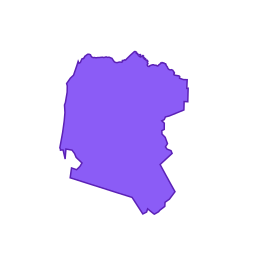 outline of Brazoria, Texas, United States of America, rotated 138°
{"feature_id": "52423323B52788200523187", "entity_name": "Brazoria", "entity_type": "district", "adm_level": 2, "iso_a3": "USA", "parent_name": "United States of America", "parent_adm1": "Texas", "projection": "albers", "projection_center": [-95.65, 29.212], "detail": "fine", "context": "isolated", "style": "filled", "palette": "violet", "viewbox_px": 256, "rotation_deg": 138, "n_neighbors": 0, "source": "geoboundaries", "source_scale": "gbopen_adm2", "svg_char_len": 3003}
<svg xmlns="http://www.w3.org/2000/svg" viewBox="0 0 256 256"><g transform="rotate(138 128 128)"><path d="M51.7,124.3L54.5,127.0L56.4,130.5L55.1,131.7L55.3,132.7L58.0,136.1L58.2,136.7L58.1,137.1L57.8,137.5L57.4,137.4L56.8,137.8L56.5,138.1L56.6,138.8L56.2,139.4L56.3,140.2L56.1,140.9L56.3,141.4L56.6,142.2L57.3,142.6L57.8,143.0L58.1,143.5L58.4,144.2L58.5,145.1L58.3,146.1L57.9,147.0L57.9,147.7L57.8,148.3L57.8,148.8L57.6,149.1L57.4,149.7L57.1,150.2L57.1,150.6L57.4,150.8L57.8,151.8L57.7,152.0L57.9,152.4L58.2,152.6L58.4,153.2L58.8,153.7L59.0,153.5L59.4,153.6L59.6,154.0L60.0,154.4L60.5,154.3L61.8,154.1L62.5,154.3L63.4,154.3L64.1,154.1L64.5,154.3L64.9,154.9L65.0,155.6L65.3,156.1L65.8,156.3L66.2,156.8L66.5,157.5L66.7,157.9L67.1,158.3L67.7,158.7L68.8,159.2L70.0,159.7L70.7,159.5L71.2,159.6L71.7,160.3L71.9,160.7L71.7,161.3L71.6,161.9L71.0,162.4L70.6,162.3L70.0,162.6L69.9,163.1L69.9,163.5L69.6,164.0L69.1,164.2L68.7,164.2L68.5,164.6L68.5,164.9L68.4,165.3L68.9,165.4L69.1,165.9L69.3,166.1L69.0,166.6L68.7,167.0L68.7,167.6L68.9,167.5L69.5,167.8L69.7,168.3L69.5,168.7L69.2,168.8L69.0,169.2L69.4,169.3L69.6,169.8L69.4,169.9L69.3,170.7L69.1,171.3L68.8,171.3L68.6,171.1L68.3,171.1L68.3,171.5L68.4,171.9L69.0,172.0L69.4,171.8L69.9,171.9L70.8,172.2L71.3,172.5L71.4,173.0L71.0,172.6L70.6,172.6L70.4,173.0L69.7,173.9L69.8,174.5L70.3,174.7L71.0,174.9L71.3,175.4L71.6,175.6L71.6,176.0L71.4,176.1L71.2,176.3L71.1,176.7L71.1,177.1L71.5,177.4L71.9,177.7L71.8,178.0L71.6,178.1L71.0,178.7L71.4,179.9L72.1,180.5L77.3,180.5L79.5,180.4L81.8,180.3L83.5,180.2L83.9,180.2L84.3,180.1L84.7,180.4L84.9,180.9L85.3,181.0L85.9,181.1L86.2,181.3L86.8,181.6L87.0,181.9L87.5,181.6L87.7,181.2L88.4,181.0L88.8,181.2L89.3,181.8L89.9,182.5L91.2,183.3L92.1,183.7L93.0,184.5L93.9,186.1L93.7,188.0L93.3,190.5L94.7,193.3L96.0,194.2L96.7,195.5L98.0,196.1L98.9,196.6L99.5,197.6L100.9,198.7L102.1,199.5L103.3,200.6L104.3,201.2L105.2,202.0L105.6,202.7L106.8,203.6L107.4,204.9L107.4,205.6L107.3,206.3L106.9,207.5L107.4,208.6L108.4,209.7L109.4,209.9L110.4,210.0L111.3,210.0L112.3,210.2L113.2,209.6L113.8,209.4L114.2,209.7L114.6,209.5L114.8,209.4L115.1,209.6L115.3,209.9L116.0,210.2L119.6,208.6L121.1,208.9L120.9,209.8L120.5,210.6L120.4,210.9L124.3,208.6L133.1,203.7L137.5,203.6L143.9,202.1L144.9,200.0L149.3,195.3L157.5,188.8L159.8,187.6L164.5,181.7L170.7,175.9L179.6,168.4L191.9,158.9L192.4,157.5L193.0,156.7L191.9,156.0L191.0,155.0L195.5,147.0L188.2,153.9L184.4,149.0L184.8,144.8L186.2,140.9L185.6,132.8L189.4,131.6L194.1,131.4L196.7,136.1L204.3,129.7L192.7,109.9L179.1,86.7L171.4,73.7L174.5,54.2L170.4,53.1L167.5,54.8L166.3,47.0L166.0,46.3L161.4,45.3L159.3,45.6L153.1,45.1L150.2,48.0L144.8,47.4L135.7,49.2L133.4,59.3L132.2,64.2L131.7,66.5L130.9,69.8L128.6,79.4L112.2,79.6L111.2,82.4L113.1,86.2L112.8,88.9L109.1,90.0L106.6,96.2L106.8,100.7L104.7,103.4L102.0,102.7L97.8,107.3L98.1,110.7L95.4,110.0L92.8,111.2L89.4,109.4L74.4,104.0L68.6,110.1L66.0,107.5L56.7,117.3L57.8,118.1L51.7,124.3Z" fill="#8b5cf6" stroke="#5b21b6" stroke-width="1.5"/></g></svg>